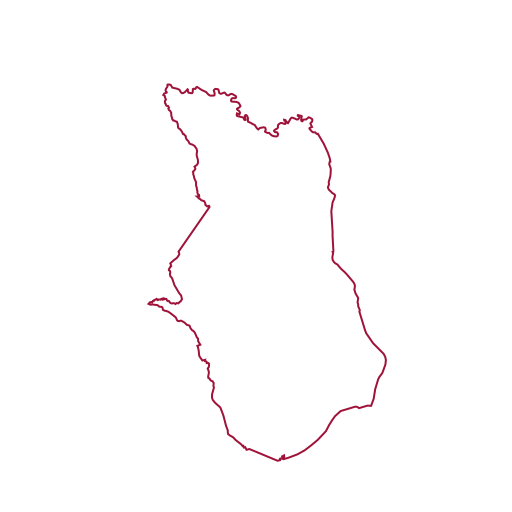 Noen Sa-Nga, Nakhon Ratchasima, Thailand, rotated 330°
{"feature_id": "78962969B30671617507476", "entity_name": "Noen Sa-Nga", "entity_type": "district", "adm_level": 2, "iso_a3": "THA", "parent_name": "Thailand", "parent_adm1": "Nakhon Ratchasima", "projection": "robinson", "projection_center": [101.989, 15.574], "detail": "fine", "context": "isolated", "style": "outline", "palette": "rose", "viewbox_px": 512, "rotation_deg": 330, "n_neighbors": 0, "source": "geoboundaries", "source_scale": "gbopen_adm2", "svg_char_len": 6091}
<svg xmlns="http://www.w3.org/2000/svg" viewBox="0 0 512 512"><g transform="rotate(330 256 256)"><path d="M370.7,181.1L370.0,181.0L369.5,180.2L369.0,178.3L367.8,177.8L367.1,177.2L366.6,176.0L365.9,172.6L366.2,172.0L366.7,171.9L369.0,172.3L369.4,168.4L370.0,168.0L371.7,167.7L372.9,166.4L373.0,165.3L371.5,162.7L370.9,162.2L367.8,162.8L365.0,161.5L363.7,162.5L363.4,162.5L362.9,161.7L363.1,160.6L365.5,157.9L365.1,157.0L364.1,156.3L362.9,154.9L362.5,155.0L362.3,155.5L363.3,156.6L363.2,157.2L362.3,158.1L360.5,158.7L359.5,158.1L358.4,156.5L356.9,154.6L356.0,154.0L354.7,154.3L350.1,157.0L349.6,156.4L349.7,155.4L349.4,154.0L349.5,153.0L348.5,152.1L348.2,152.9L348.9,153.7L348.9,154.4L347.4,156.2L346.7,155.9L344.8,153.7L343.9,153.2L342.9,153.1L341.5,153.3L340.4,153.7L339.3,155.6L338.4,156.2L335.8,156.1L334.4,156.4L334.1,156.9L334.4,158.2L334.9,158.7L335.9,159.1L336.1,159.7L336.2,161.3L334.9,162.7L334.1,162.8L333.1,162.5L331.4,161.2L330.2,159.9L329.5,158.3L328.9,155.9L327.4,155.1L326.0,153.0L326.1,152.6L327.3,151.8L327.7,151.2L328.1,150.0L327.9,149.2L327.1,148.4L323.7,147.2L322.7,147.2L321.2,147.5L320.6,145.6L320.4,141.8L319.2,140.3L317.9,137.9L316.3,135.8L316.5,135.0L318.1,132.3L318.3,130.4L318.1,129.2L317.3,128.7L316.3,129.1L315.3,132.6L315.1,132.9L314.5,132.8L314.1,132.4L314.0,131.8L314.3,129.8L309.7,125.4L309.7,124.3L310.8,123.0L312.5,125.0L313.8,124.0L313.9,122.0L313.1,120.4L312.9,119.5L313.1,119.1L313.9,118.9L315.8,119.0L317.4,118.5L317.6,118.2L317.6,115.1L317.1,114.0L316.1,112.8L312.2,110.1L311.9,109.4L312.0,109.0L313.2,107.7L314.1,107.5L315.0,107.7L316.6,108.9L317.7,108.9L318.3,108.3L318.5,107.5L316.7,104.2L315.8,103.3L314.4,103.0L312.7,103.2L311.3,102.3L311.0,101.5L310.7,99.2L310.3,98.6L307.0,98.1L306.3,97.6L305.7,96.5L306.6,93.3L306.5,92.7L306.2,92.3L304.2,90.9L302.7,91.2L302.0,91.9L301.7,94.1L300.6,95.8L300.3,96.1L299.6,95.9L296.9,94.5L296.2,93.7L295.6,92.6L294.7,88.9L292.0,85.1L289.5,80.1L288.7,80.0L287.1,81.0L285.5,79.9L284.8,79.9L283.0,82.6L282.1,83.0L281.0,82.4L279.2,80.8L279.3,79.6L280.2,77.9L280.1,77.4L276.4,78.5L274.4,78.5L273.3,78.0L272.8,76.7L272.8,73.7L271.4,71.8L267.7,68.3L267.7,65.3L266.9,64.3L265.3,63.4L264.8,63.5L264.3,64.7L263.7,65.2L261.6,66.2L260.7,67.0L260.3,68.0L260.6,69.3L260.4,69.8L257.6,69.4L256.2,70.3L256.9,71.5L257.0,72.1L256.6,72.7L256.2,75.5L254.5,76.3L253.7,78.2L253.8,79.3L253.5,80.0L253.6,81.0L253.9,81.5L254.8,82.0L254.8,84.1L253.8,84.5L253.6,86.2L254.2,87.3L254.2,89.4L252.6,92.7L252.4,94.7L252.0,95.1L251.9,95.7L252.1,97.3L252.7,97.6L253.8,99.4L254.6,100.1L254.2,102.6L252.8,105.7L252.8,106.6L253.5,107.9L253.9,109.7L254.0,111.5L253.8,113.9L254.5,114.4L254.6,115.6L255.1,117.1L254.4,118.4L254.2,119.6L254.3,120.6L254.8,122.6L254.7,125.2L255.0,126.0L256.6,127.7L257.8,129.9L258.1,133.3L257.5,135.7L255.8,137.7L254.9,139.3L253.7,143.8L252.3,146.4L250.6,147.5L247.4,147.9L247.3,149.6L247.1,150.1L245.7,151.0L244.0,151.3L243.4,151.6L243.4,152.4L242.6,153.6L242.1,156.0L241.5,157.4L241.0,162.1L239.4,164.8L238.8,167.4L238.0,169.0L237.8,170.5L237.0,171.6L236.6,173.1L236.7,173.9L237.2,174.6L236.6,176.0L234.7,175.0L235.0,175.8L235.2,177.4L236.2,179.0L236.5,180.4L238.5,182.5L238.5,184.5L237.7,186.8L238.2,187.3L238.5,188.7L240.4,189.1L240.3,190.3L191.1,213.5L190.9,215.1L190.3,216.3L187.1,217.9L186.0,218.2L182.9,218.5L178.1,219.5L177.9,221.1L177.5,221.7L177.5,222.3L176.5,222.4L176.2,222.9L174.7,223.4L173.5,224.5L173.5,225.0L174.0,225.9L173.6,227.3L172.4,228.6L171.7,230.9L172.1,232.1L172.1,234.0L170.8,240.4L170.9,249.9L171.4,252.8L170.3,256.4L167.9,257.7L167.2,257.5L165.1,258.2L163.8,257.1L162.2,257.3L161.9,256.5L161.1,255.7L159.0,254.8L158.1,253.1L158.2,251.6L157.8,251.1L157.1,250.9L156.7,250.2L156.9,248.4L156.3,247.9L154.9,247.6L155.1,246.7L154.5,246.2L153.4,247.0L153.1,246.1L152.7,245.8L152.2,245.8L151.6,246.2L150.1,245.0L148.8,245.1L148.6,244.9L148.7,243.9L148.5,243.4L146.5,243.5L145.9,243.2L144.9,243.9L144.2,243.4L142.9,244.2L142.2,243.4L141.5,243.5L141.0,243.1L139.0,243.7L140.2,245.4L142.1,246.2L146.2,249.4L146.9,251.5L149.0,253.0L149.2,253.9L148.5,256.1L149.6,257.8L150.9,258.8L152.3,260.6L153.5,263.2L155.6,268.4L155.8,269.9L155.5,272.2L155.8,273.1L157.0,274.1L158.2,274.2L159.0,274.8L160.8,277.9L161.7,281.1L163.6,283.0L163.6,283.5L163.2,285.3L163.3,286.7L163.5,288.1L164.4,289.9L164.7,291.9L164.1,296.6L164.5,298.6L163.3,300.8L163.4,305.0L160.3,304.5L160.1,306.1L159.0,309.5L157.0,313.8L156.9,315.2L157.3,319.7L159.8,320.4L159.4,320.7L159.2,321.6L160.2,322.4L160.3,323.0L159.8,324.1L161.0,324.6L161.5,325.7L161.0,326.3L160.7,327.2L159.5,328.7L158.0,329.2L157.8,329.5L157.7,330.9L157.2,332.8L156.7,333.7L154.2,336.6L153.9,337.4L153.8,338.0L154.3,338.5L154.5,338.9L154.4,340.1L154.6,341.2L155.8,342.9L155.8,344.9L154.1,347.4L153.8,348.9L148.9,353.7L147.1,356.6L146.6,359.1L147.2,362.7L149.2,368.8L149.3,369.9L148.0,377.8L145.2,387.9L144.3,393.2L143.6,394.1L142.8,396.3L143.7,398.5L145.5,401.4L146.4,405.3L149.0,411.7L149.4,414.1L150.1,414.1L149.9,416.0L151.1,416.2L150.9,419.1L153.7,419.8L172.3,444.1L174.7,444.8L175.3,443.6L175.8,443.5L177.6,445.0L178.4,442.6L180.6,442.7L180.0,444.0L178.7,445.8L183.0,446.9L192.7,448.5L201.2,448.6L209.6,447.5L217.5,446.1L228.9,442.7L234.9,438.9L240.2,436.1L244.4,434.2L251.8,432.6L266.6,436.1L267.4,436.6L268.3,437.5L269.2,439.3L277.7,441.3L280.8,443.3L286.6,438.4L292.6,431.0L300.0,424.0L302.2,422.5L306.9,420.5L313.8,414.7L316.5,411.0L317.5,407.9L317.6,404.5L313.8,390.1L312.8,377.8L313.1,376.8L313.2,375.3L317.7,355.9L318.7,355.0L318.9,354.4L319.4,350.6L320.3,348.9L320.7,347.1L323.5,343.4L323.5,338.1L324.4,334.2L325.6,332.9L326.9,331.0L327.3,329.1L327.2,326.9L325.5,317.5L324.8,314.5L323.2,309.5L322.3,304.2L321.0,301.9L320.5,300.3L320.4,297.9L321.4,295.4L324.4,291.8L324.4,290.8L325.1,290.9L325.4,290.6L332.5,276.6L334.3,273.6L343.6,254.9L349.2,247.8L352.6,245.3L354.8,243.1L354.8,242.0L353.4,239.2L353.2,237.9L352.4,235.7L352.3,234.0L352.6,232.5L355.1,230.4L355.8,228.5L360.3,224.0L361.7,222.1L364.0,218.5L364.6,217.1L365.3,213.1L367.0,211.2L367.6,211.4L368.8,208.0L369.9,202.4L370.8,192.6L370.7,181.1Z" fill="none" stroke="#9f1239" stroke-width="2"/></g></svg>